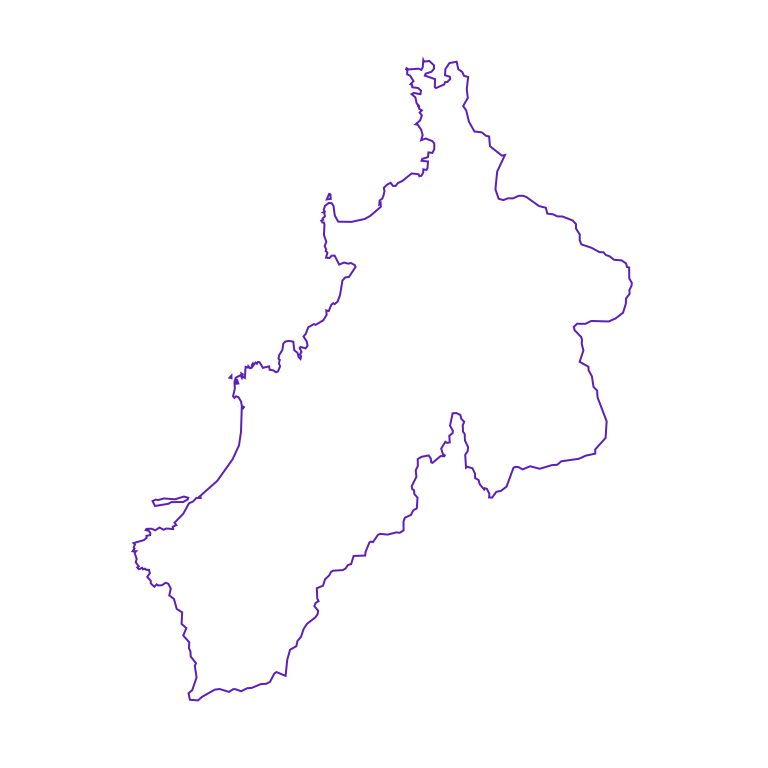 the district of Bolaang Mongondow Timur, Sulawesi Utara, Indonesia, rotated 183°
{"feature_id": "22746128B26195600949416", "entity_name": "Bolaang Mongondow Timur", "entity_type": "district", "adm_level": 2, "iso_a3": "IDN", "parent_name": "Indonesia", "parent_adm1": "Sulawesi Utara", "projection": "albers", "projection_center": [124.549, 0.712], "detail": "fine", "context": "isolated", "style": "outline", "palette": "violet", "viewbox_px": 768, "rotation_deg": 183, "n_neighbors": 0, "source": "geoboundaries", "source_scale": "gbopen_adm2", "svg_char_len": 6149}
<svg xmlns="http://www.w3.org/2000/svg" viewBox="0 0 768 768"><g transform="rotate(183 384 384)"><path d="M169.4,325.5L169.6,329.8L159.9,341.7L159.7,358.4L170.0,381.8L170.9,388.7L174.6,392.0L176.8,402.6L180.4,408.4L180.8,412.0L189.8,416.4L186.6,427.9L188.7,434.6L188.5,438.4L189.7,441.4L196.4,447.6L197.5,450.9L194.3,454.3L186.1,454.6L180.3,457.8L162.9,458.2L156.3,461.5L149.0,467.7L146.7,476.9L146.8,482.0L143.4,487.0L143.9,490.5L141.9,495.3L141.8,497.9L144.6,502.3L145.3,513.2L147.4,513.5L148.6,517.1L153.2,519.9L160.9,520.1L165.4,523.4L169.0,524.3L171.8,527.1L175.5,526.9L184.0,530.9L194.1,533.7L196.1,537.7L196.3,543.5L200.4,549.3L200.6,553.7L204.2,557.2L214.5,560.6L219.7,560.5L224.1,562.3L229.8,562.7L231.6,568.5L238.5,569.8L251.6,578.2L254.9,579.2L259.3,579.0L265.0,576.1L270.1,575.9L274.4,573.9L279.2,575.0L282.9,584.2L282.1,602.0L275.2,619.0L278.2,618.2L290.6,627.0L292.0,636.7L295.1,637.2L299.5,640.4L306.9,640.9L312.9,650.4L316.2,661.5L319.5,665.7L315.3,674.1L316.8,682.7L316.0,695.0L320.2,695.9L322.2,699.7L326.3,702.3L328.3,709.6L335.5,707.9L339.2,701.6L339.2,695.5L334.3,694.3L333.8,692.1L336.6,688.9L338.7,688.7L339.5,686.3L347.7,682.2L348.8,683.2L349.0,691.1L359.3,694.1L358.7,696.1L352.9,698.3L350.6,701.5L350.8,704.9L355.7,709.0L360.7,708.0L361.7,709.7L361.9,702.3L363.1,699.7L366.1,700.7L376.0,699.4L378.0,700.6L378.4,699.5L377.1,698.6L377.1,694.5L374.0,693.2L370.4,688.0L373.2,684.7L371.6,684.2L371.3,681.8L365.6,681.4L362.4,678.9L362.8,675.3L369.4,676.2L371.6,674.9L367.7,671.9L366.0,665.7L364.4,664.5L364.6,663.2L363.5,663.2L363.4,660.8L360.5,659.2L362.6,657.0L360.3,654.1L361.7,649.1L366.0,645.0L364.0,644.8L360.2,639.9L358.4,634.6L359.7,629.4L355.2,631.3L348.4,629.1L346.4,626.8L346.1,621.1L347.8,617.3L351.7,617.6L352.0,612.9L357.6,610.8L358.2,608.9L351.7,608.5L351.9,601.7L352.8,600.0L356.0,600.4L355.9,597.2L357.6,593.9L359.5,593.3L360.5,595.3L367.4,595.7L376.3,587.7L380.5,585.5L382.8,582.4L385.5,582.3L387.9,585.3L391.5,583.1L394.5,579.8L393.6,576.7L394.4,572.0L395.5,569.0L398.0,567.0L398.1,563.2L396.8,564.5L396.5,560.7L406.6,551.1L411.8,547.8L425.0,544.2L438.2,543.7L442.0,549.8L443.7,559.1L445.8,561.9L448.5,561.9L452.2,558.9L453.3,554.8L452.2,553.1L453.8,552.1L452.5,551.7L451.8,548.2L453.9,546.2L453.4,544.8L455.2,543.8L453.9,542.0L452.4,542.1L451.8,540.1L451.8,529.7L449.0,522.8L450.5,518.8L448.8,515.4L449.2,513.7L447.4,512.3L448.5,507.1L445.0,507.0L443.0,509.4L440.0,509.6L435.0,500.9L430.3,503.2L425.9,502.3L423.4,503.1L419.4,501.2L418.5,499.4L424.6,489.1L428.3,488.4L430.9,485.2L432.6,470.2L434.7,463.8L437.5,461.2L438.9,462.0L440.8,460.3L443.0,453.9L445.5,454.5L444.9,450.1L447.9,444.5L455.4,439.5L457.1,440.2L462.6,436.7L464.8,429.9L466.9,427.3L463.4,422.4L462.3,418.3L464.2,415.5L469.2,416.6L470.1,415.6L468.1,411.6L469.5,409.1L468.2,407.3L468.7,404.6L470.6,406.3L472.0,410.6L475.4,413.1L476.8,421.5L481.3,422.1L484.8,421.2L486.6,419.2L487.3,412.7L490.2,407.3L490.7,403.7L489.4,402.7L490.0,399.1L488.7,396.2L490.5,391.1L492.5,390.1L495.1,391.8L498.9,392.2L499.7,395.6L505.8,393.8L509.3,399.2L511.1,399.4L512.0,397.6L513.4,398.7L517.1,393.2L518.8,392.8L520.5,394.8L521.0,393.3L523.1,393.9L523.3,382.8L525.7,384.1L526.2,382.6L527.7,385.3L532.4,382.5L533.0,379.9L531.0,380.5L529.5,376.9L531.7,376.5L532.0,378.6L533.4,378.1L532.7,371.7L534.1,363.9L532.6,362.3L531.1,364.0L528.6,363.2L525.8,358.9L524.8,354.6L522.7,353.6L523.5,352.3L524.8,353.2L524.3,328.7L525.6,315.1L531.3,300.8L545.5,278.5L563.0,261.3L561.3,261.7L561.1,260.6L565.4,260.4L568.5,256.7L572.5,254.7L577.7,243.9L585.9,234.5L584.0,232.2L587.5,230.4L587.0,228.1L593.8,228.3L596.4,226.9L600.7,228.9L604.8,225.9L608.6,227.3L613.6,226.9L614.3,225.6L611.3,225.1L609.5,223.0L609.6,220.9L613.3,219.9L613.0,217.9L615.5,215.6L625.8,212.0L624.3,210.6L625.4,207.8L624.5,206.5L626.2,203.9L622.8,204.0L624.2,202.4L621.8,196.3L622.6,193.0L619.4,189.1L620.9,187.9L619.1,186.2L615.8,187.8L614.9,186.3L612.9,187.1L611.7,186.0L608.9,186.1L608.0,182.7L610.3,179.0L606.6,175.2L606.5,172.7L602.8,169.5L600.5,172.0L599.1,171.0L595.2,171.4L591.7,174.1L588.9,173.2L586.2,168.4L587.4,161.7L582.5,158.3L579.2,148.5L573.6,145.4L573.6,133.8L568.6,129.9L571.3,122.3L564.9,115.8L565.0,110.1L563.3,106.7L562.8,101.8L557.1,95.3L558.2,92.7L555.8,81.1L559.5,68.2L563.0,65.0L561.3,58.5L553.1,58.3L549.3,62.1L537.0,69.9L532.2,70.8L522.8,68.4L518.7,71.3L516.6,71.5L510.6,69.7L504.5,73.1L500.4,73.5L491.2,77.9L486.1,78.4L482.3,80.5L478.4,89.1L476.3,90.7L467.0,87.4L466.2,103.4L463.9,113.7L457.8,117.6L457.0,122.8L453.7,127.1L451.4,135.2L448.4,140.4L440.3,147.4L438.2,150.7L437.9,154.1L441.9,158.5L440.8,161.8L438.0,163.7L439.4,166.2L440.4,176.6L434.4,179.3L432.6,185.9L428.7,190.0L427.0,193.7L425.1,194.9L415.3,196.0L412.6,197.9L410.6,201.3L407.4,202.5L405.3,210.7L393.8,211.7L393.6,215.5L390.3,224.9L389.1,225.9L386.8,225.5L382.1,233.1L380.0,234.1L372.5,233.8L363.8,236.5L360.5,236.2L356.8,238.8L357.3,247.8L356.1,251.6L350.2,254.7L348.2,259.3L344.7,261.6L344.6,272.3L348.0,275.8L348.4,279.4L350.3,280.6L351.0,283.3L346.8,293.0L347.8,299.4L345.9,304.0L346.4,310.8L342.6,313.3L335.7,315.0L333.5,312.3L332.7,308.2L331.5,307.8L323.7,315.0L320.0,315.0L319.6,316.0L321.5,317.0L323.5,322.5L319.7,329.5L318.0,328.5L315.3,329.1L316.1,335.8L313.0,338.4L312.7,340.7L315.9,345.8L313.9,358.3L310.3,358.8L306.2,357.1L304.8,353.0L301.9,350.5L303.2,346.9L302.6,340.5L300.8,338.3L300.2,331.8L296.7,325.3L297.0,321.1L299.2,317.6L297.7,304.7L296.5,305.7L291.3,304.5L288.4,299.3L288.1,294.8L284.5,293.0L283.1,288.8L278.5,283.9L278.0,285.2L275.8,284.7L273.0,279.8L273.1,276.2L270.1,276.2L266.2,282.2L261.6,283.4L256.2,288.0L250.3,307.2L248.7,308.0L245.5,308.1L241.2,306.0L233.6,309.5L224.1,307.5L212.0,311.8L206.8,312.4L202.9,316.1L185.5,319.5L178.8,323.0L169.4,325.5ZM606.3,250.2L593.0,253.1L590.3,254.9L578.5,255.6L574.0,258.4L573.5,260.1L578.0,261.1L586.8,257.9L597.8,258.2L603.4,256.3L605.9,256.6L609.0,255.0L606.3,250.2ZM450.8,565.3L446.8,566.1L447.5,570.7L448.7,571.0L450.8,565.3ZM536.8,384.4L538.6,382.2L536.6,381.8L536.8,384.4ZM516.0,397.7L516.9,396.1L517.0,395.0L515.3,396.3L516.0,397.7ZM526.6,386.0L524.8,385.9L526.9,387.0L526.6,386.0Z" fill="none" stroke="#5b21b6" stroke-width="2"/></g></svg>